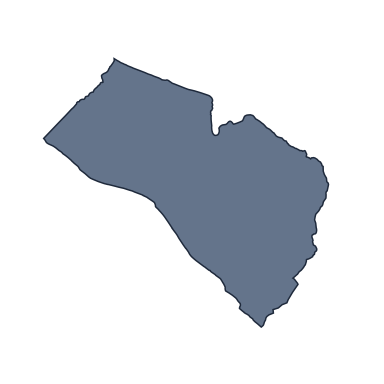 outline of Mukomuko, Bengkulu, Indonesia, rotated 349°
{"feature_id": "22746128B39825953538573", "entity_name": "Mukomuko", "entity_type": "district", "adm_level": 2, "iso_a3": "IDN", "parent_name": "Indonesia", "parent_adm1": "Bengkulu", "projection": "orthographic", "projection_center": [101.454, -2.731], "detail": "fine", "context": "isolated", "style": "filled", "palette": "slate", "viewbox_px": 384, "rotation_deg": 349, "n_neighbors": 0, "source": "geoboundaries", "source_scale": "gbopen_adm2", "svg_char_len": 5946}
<svg xmlns="http://www.w3.org/2000/svg" viewBox="0 0 384 384"><g transform="rotate(349 192 192)"><path d="M324.0,187.6L323.9,187.5L323.8,187.1L322.8,186.3L321.9,185.3L321.1,183.9L319.2,182.1L317.7,181.4L316.4,181.4L315.8,181.3L315.3,181.6L314.9,182.1L314.6,182.1L313.9,181.1L311.6,179.6L311.0,179.4L310.9,179.0L311.8,176.8L311.2,174.5L311.1,173.5L310.5,172.9L308.4,173.1L307.8,172.4L305.5,171.8L304.8,170.8L304.0,170.4L302.7,169.2L301.9,169.0L299.8,167.1L298.0,166.2L296.0,164.2L295.7,163.2L295.1,162.7L294.1,159.9L292.9,159.5L291.8,158.3L290.6,156.2L287.3,154.7L286.1,153.8L285.3,153.0L283.6,149.5L283.2,149.3L282.6,148.7L281.8,147.5L280.6,145.8L279.5,144.7L278.0,143.6L276.9,142.2L276.1,140.7L274.9,138.9L274.0,138.0L271.8,135.4L269.1,132.9L268.4,132.4L267.8,131.0L267.2,129.8L266.3,128.5L265.6,128.2L264.2,127.4L262.7,127.2L260.7,127.0L259.5,127.2L258.1,127.7L257.6,128.3L256.0,130.7L255.2,131.7L254.7,131.9L252.2,132.5L248.8,133.1L245.9,133.4L245.3,132.8L244.7,131.5L243.8,130.3L243.0,129.8L242.2,129.8L241.4,130.1L240.5,130.7L239.6,131.5L238.5,132.0L238.1,132.2L237.7,132.1L236.1,132.1L235.1,132.0L233.9,132.2L232.4,132.8L231.0,134.0L230.6,134.5L230.6,136.0L230.4,137.4L230.1,138.4L229.0,140.1L228.2,140.8L226.9,141.0L225.7,140.9L224.9,140.6L224.3,139.8L223.8,138.9L223.5,138.2L223.3,135.6L223.3,134.9L223.6,132.2L224.0,130.8L224.5,125.0L225.0,122.0L225.4,120.8L225.3,120.1L225.0,119.6L225.5,118.6L225.3,117.9L225.6,117.2L225.7,116.3L225.8,116.1L226.7,115.8L226.9,115.7L227.3,114.9L228.0,114.2L228.2,113.8L228.2,113.0L228.1,112.7L228.1,112.3L228.1,111.7L228.7,111.0L228.8,110.7L228.9,110.0L228.8,109.2L228.6,108.5L228.6,107.9L229.2,107.2L229.5,106.6L229.7,105.9L229.7,104.9L229.5,104.4L229.4,103.7L228.9,102.8L228.2,101.8L227.8,101.3L227.0,100.6L225.7,99.8L219.4,96.2L217.5,95.2L213.9,93.3L210.9,91.9L208.1,90.7L205.1,88.9L195.3,82.6L193.4,81.5L191.8,79.8L191.0,79.1L190.5,78.4L189.5,77.6L188.9,77.3L188.6,77.2L187.7,77.3L187.3,77.2L186.0,76.9L183.9,76.1L182.7,74.9L181.1,73.7L176.9,71.2L174.5,69.5L171.6,67.9L168.4,65.7L165.7,64.0L158.1,59.3L156.6,58.2L153.3,56.1L152.0,55.1L151.3,54.4L150.2,53.9L149.0,52.9L146.7,51.4L145.1,49.8L143.8,48.8L141.0,46.2L140.8,47.8L140.4,48.8L139.0,50.3L136.4,52.8L135.2,53.5L134.5,54.8L133.8,55.3L132.9,56.8L132.3,57.3L131.0,58.2L129.7,58.6L128.2,58.9L126.7,59.5L125.7,60.1L125.3,60.7L125.3,61.6L125.3,63.2L125.6,64.1L125.7,65.0L125.6,67.0L125.5,67.3L125.2,67.4L124.1,67.2L123.4,67.3L122.7,67.8L122.4,68.5L122.0,68.9L121.3,69.2L120.8,69.6L120.2,69.8L119.5,70.3L118.9,70.9L116.9,72.0L115.6,72.9L114.4,74.5L114.1,75.0L113.8,75.1L112.7,75.0L112.2,75.1L110.6,75.6L110.1,76.0L108.5,77.9L108.0,78.0L106.0,78.1L105.6,78.3L105.0,79.1L104.5,79.9L104.1,80.2L103.5,80.4L102.7,80.2L102.0,80.1L101.3,80.1L100.8,80.2L99.8,80.5L99.3,80.8L98.6,81.7L98.3,81.8L97.0,81.7L96.6,81.9L96.1,82.2L95.8,82.6L95.4,83.6L95.1,83.9L94.7,84.1L91.8,86.4L89.6,87.7L82.3,93.0L75.4,97.8L56.6,111.1L57.6,112.9L58.2,114.7L58.6,115.7L59.4,116.6L60.4,117.5L63.4,119.6L64.7,120.6L66.6,122.5L69.3,125.8L71.1,127.5L72.0,128.6L72.3,129.4L72.7,129.9L74.0,131.2L75.2,132.5L77.0,134.6L78.9,137.1L79.4,137.7L80.2,139.1L80.6,139.5L81.1,140.3L81.9,141.4L84.5,144.5L85.1,145.3L85.5,146.4L86.3,148.7L87.8,150.5L90.5,153.5L92.1,155.6L93.5,157.5L95.1,159.2L97.4,160.8L101.9,163.8L107.3,166.9L110.7,168.5L111.3,168.7L111.6,168.8L118.0,171.8L119.4,172.5L121.5,173.5L125.6,175.3L131.2,178.4L133.6,179.6L135.7,181.1L142.4,185.2L143.7,186.2L143.6,186.3L146.8,188.6L147.2,189.1L149.3,191.2L152.3,194.2L153.1,195.2L153.3,196.0L153.6,197.7L153.5,198.5L153.4,198.9L153.6,199.8L155.6,202.6L156.4,204.1L157.1,205.1L158.9,208.2L160.3,211.0L163.2,217.7L165.8,224.1L165.7,224.1L167.4,227.7L168.2,229.2L168.7,230.4L169.3,231.8L170.1,234.3L170.5,235.4L173.4,242.4L175.1,246.2L175.3,246.2L177.1,250.3L177.6,252.1L178.1,253.3L179.1,255.2L180.8,257.5L182.9,260.1L189.5,267.4L190.4,268.2L191.2,269.2L193.8,272.1L194.9,272.6L195.0,273.3L195.9,274.4L199.0,277.5L199.5,278.4L202.9,282.0L203.3,282.5L203.8,283.5L204.1,284.5L204.6,285.6L204.8,286.4L205.6,288.4L206.4,291.5L206.3,292.4L206.1,293.1L206.0,294.3L206.1,295.4L206.3,295.7L209.0,298.1L210.8,299.9L211.8,300.9L214.7,304.3L215.5,305.7L215.9,306.5L216.0,307.2L217.2,309.3L217.6,309.9L218.0,310.6L218.1,311.1L218.0,312.0L217.8,312.8L217.2,313.6L217.0,313.8L216.9,314.3L216.5,314.8L216.4,315.0L216.4,315.3L216.6,315.7L218.9,318.6L220.1,319.9L220.1,320.2L221.3,321.4L222.4,322.2L224.4,324.1L224.8,325.3L225.9,326.6L227.3,328.0L227.7,329.4L228.9,331.2L231.2,333.9L234.2,337.8L235.0,337.4L236.3,336.6L236.9,336.0L238.3,333.4L239.7,331.7L240.5,329.8L241.7,328.5L244.1,327.3L248.8,326.4L249.1,322.9L254.6,322.3L259.0,319.8L264.0,318.9L265.9,316.0L271.5,309.7L277.4,303.9L278.4,303.0L278.4,302.8L278.2,301.8L276.1,297.6L275.1,296.1L274.7,295.8L276.8,294.6L279.1,293.2L279.8,292.9L281.9,290.8L284.3,289.6L286.2,288.1L287.6,286.8L288.2,286.0L289.2,285.2L289.9,284.1L290.1,283.5L290.4,283.1L290.8,282.3L291.0,281.9L291.4,280.3L291.7,280.1L292.6,280.0L293.4,280.0L295.1,279.6L298.1,278.5L298.2,278.0L298.3,277.8L298.9,277.4L299.2,276.9L299.4,276.8L299.9,276.8L300.2,276.7L300.6,275.9L300.7,275.2L301.0,274.6L301.9,274.0L302.5,273.7L302.8,273.6L303.2,273.1L303.4,272.3L303.6,272.0L303.6,271.7L303.5,271.0L302.9,268.8L301.8,267.7L301.2,267.3L301.0,266.9L301.0,265.4L300.9,264.7L300.9,264.0L301.0,263.3L301.5,262.8L301.5,261.3L301.2,259.8L301.2,259.1L301.2,258.5L301.6,257.5L302.0,257.1L302.4,257.1L303.6,256.5L304.8,256.6L305.6,256.3L306.4,255.2L307.0,253.6L307.2,252.1L307.1,250.7L307.5,246.1L307.0,242.8L308.1,239.9L309.2,237.5L312.7,234.8L314.2,233.2L314.7,232.3L315.4,231.4L316.8,230.7L317.8,229.6L318.7,227.6L319.2,226.6L320.7,225.1L322.2,223.7L322.7,222.2L322.7,221.6L323.1,220.5L323.1,219.5L323.4,218.2L324.0,217.2L324.9,216.7L327.4,210.8L327.4,209.3L326.3,207.6L326.6,204.0L325.5,200.9L325.2,199.8L324.8,196.6L325.6,191.9L324.7,191.0L324.6,189.3L324.2,188.3L324.0,187.6Z" fill="#64748b" stroke="#1e293b" stroke-width="1.5"/></g></svg>